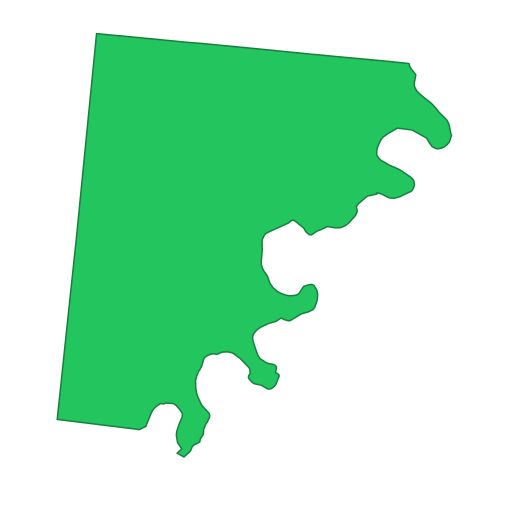 the district of Mississippi, Arkansas, United States of America, rotated 6°
{"feature_id": "52423323B91490874625057", "entity_name": "Mississippi", "entity_type": "district", "adm_level": 2, "iso_a3": "USA", "parent_name": "United States of America", "parent_adm1": "Arkansas", "projection": "mercator", "projection_center": [-89.907, 35.702], "detail": "fine", "context": "isolated", "style": "filled", "palette": "green", "viewbox_px": 512, "rotation_deg": 6, "n_neighbors": 0, "source": "geoboundaries", "source_scale": "gbopen_adm2", "svg_char_len": 3106}
<svg xmlns="http://www.w3.org/2000/svg" viewBox="0 0 512 512"><g transform="rotate(6 256 256)"><path d="M260.2,49.7L259.3,49.6L256.9,49.8L252.8,49.7L178.7,50.3L166.0,50.7L165.4,50.7L147.7,50.8L74.3,51.5L74.2,51.5L75.5,258.0L75.4,364.0L75.4,369.9L75.4,439.3L158.2,440.8L164.2,437.0L167.8,424.6L169.2,420.5L170.5,418.4L172.7,415.8L176.5,412.7L179.9,412.8L181.6,411.6L189.3,411.4L192.1,412.8L196.6,417.0L199.0,420.2L199.4,421.1L199.4,423.8L197.1,431.2L195.5,438.6L195.5,442.5L197.5,449.9L202.3,455.5L198.2,460.3L205.3,463.4L208.0,460.5L211.0,457.1L211.7,455.3L212.4,452.7L213.2,451.3L214.4,450.2L219.5,446.9L219.7,444.2L220.8,441.6L221.9,439.8L222.3,438.3L222.1,435.0L222.3,432.9L223.6,428.5L224.9,426.3L226.7,421.1L226.6,419.1L225.8,417.4L217.6,410.1L212.8,402.1L211.5,399.2L209.9,393.7L208.9,386.2L209.6,381.3L211.2,376.2L212.1,374.8L213.6,370.8L214.9,363.4L216.1,361.8L218.7,359.7L221.2,358.4L223.8,357.7L227.5,357.9L231.0,355.8L232.6,355.1L237.9,354.3L241.3,354.6L243.3,355.1L250.7,359.4L260.7,367.8L261.7,369.4L262.4,372.8L262.3,373.7L261.2,375.9L261.2,377.9L262.0,379.0L264.8,381.6L266.7,382.8L268.3,383.3L274.8,383.9L280.7,386.7L282.8,387.1L285.1,386.3L287.0,384.7L288.7,382.5L289.4,380.8L291.6,373.1L291.3,372.0L290.6,371.2L288.8,370.4L288.6,370.3L287.7,369.9L287.6,368.3L288.2,366.2L287.7,363.8L285.8,362.3L283.9,361.9L280.1,361.7L277.3,361.0L270.4,357.5L268.5,354.9L267.3,352.7L263.2,344.0L261.8,340.3L261.1,337.4L261.1,336.2L261.7,334.0L263.2,331.4L264.9,329.1L268.1,326.3L275.4,321.9L282.7,318.9L286.9,315.5L287.7,315.2L290.4,316.2L293.9,316.9L295.5,317.0L296.9,316.6L307.0,308.9L314.1,306.0L318.2,303.5L319.8,300.8L320.9,296.6L321.5,292.5L321.3,287.5L320.0,283.6L316.9,279.4L315.6,278.7L313.6,278.5L309.5,279.8L306.6,281.4L305.9,282.4L303.4,287.5L302.3,289.1L301.1,290.1L299.1,291.0L294.4,292.0L290.3,291.9L285.0,290.7L280.9,289.0L276.2,285.7L272.7,281.7L269.7,275.2L265.4,270.1L263.7,267.4L262.3,264.4L261.8,261.1L261.6,249.8L260.5,241.3L260.6,238.7L262.0,234.7L263.3,232.8L265.4,231.2L285.0,219.7L286.3,218.1L288.1,216.6L290.6,216.8L300.4,223.1L303.0,226.6L306.6,229.2L309.1,229.2L314.1,224.8L317.6,223.1L324.0,219.2L331.6,219.7L336.1,219.2L338.2,218.5L342.0,216.2L342.9,215.4L345.0,213.2L350.6,205.5L351.8,202.2L351.9,200.4L350.6,196.4L352.3,193.4L360.5,184.8L369.7,181.7L369.7,180.6L374.0,181.1L382.4,184.3L387.4,184.1L393.4,181.8L395.4,180.3L403.2,175.7L404.5,174.3L405.7,171.5L406.1,168.7L405.8,166.8L405.0,164.6L404.2,163.5L401.4,161.3L390.0,155.2L378.7,151.5L370.3,147.8L367.5,145.5L365.7,143.0L365.3,141.4L365.1,138.4L365.5,135.3L366.2,132.9L367.8,128.0L369.6,124.8L374.9,120.1L383.4,114.0L398.2,114.4L413.3,120.9L416.9,125.7L419.6,128.7L423.8,130.4L426.0,130.4L430.5,128.7L431.8,127.9L434.5,125.1L436.4,122.3L437.8,115.7L436.7,113.2L434.7,106.3L433.6,103.8L431.4,100.7L422.9,93.8L419.8,90.5L414.0,85.5L406.7,81.0L400.9,77.0L398.4,74.8L396.0,71.1L395.5,69.3L395.4,66.7L396.0,59.5L395.8,58.8L390.6,53.5L389.0,51.2L388.0,48.6L385.4,48.6L367.1,48.6L311.2,49.3L308.1,49.3L307.8,49.3L307.5,49.3L295.7,49.4L293.1,49.5L260.2,49.7Z" fill="#22c55e" stroke="#15803d" stroke-width="1.5"/></g></svg>